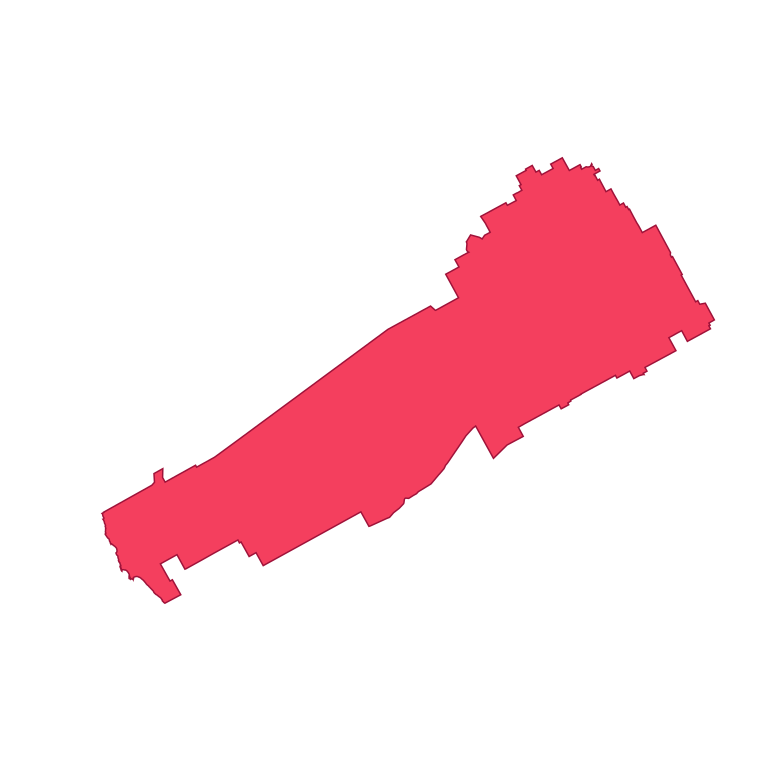 the district of Coorow, Western Australia, Australia, rotated 331°
{"feature_id": "25037944B10831634124389", "entity_name": "Coorow", "entity_type": "district", "adm_level": 2, "iso_a3": "AUS", "parent_name": "Australia", "parent_adm1": "Western Australia", "projection": "albers", "projection_center": [115.183, -29.979], "detail": "fine", "context": "isolated", "style": "filled", "palette": "rose", "viewbox_px": 768, "rotation_deg": 331, "n_neighbors": 0, "source": "geoboundaries", "source_scale": "gbopen_adm2", "svg_char_len": 5505}
<svg xmlns="http://www.w3.org/2000/svg" viewBox="0 0 768 768"><g transform="rotate(331 384 384)"><path d="M74.6,360.5L74.8,361.2L74.5,362.0L74.1,363.6L74.1,364.8L74.1,365.3L73.7,365.9L73.2,366.2L72.6,366.0L72.7,366.8L72.7,367.8L72.6,368.1L72.7,368.7L72.5,369.1L72.2,369.8L72.1,370.1L72.0,372.1L71.9,372.2L71.9,372.4L71.8,372.5L71.7,372.7L71.7,373.0L71.3,373.2L71.1,373.4L71.1,373.6L71.1,373.9L71.0,374.1L70.7,375.3L70.6,375.5L70.4,375.5L70.2,375.7L69.7,376.8L69.3,377.3L69.0,377.8L68.8,378.0L68.7,378.1L68.5,378.7L68.5,379.1L68.4,379.2L68.4,379.6L68.1,379.8L67.8,380.1L67.5,380.0L67.4,380.2L67.3,380.4L67.3,380.8L67.5,381.7L67.5,382.9L67.6,383.6L67.8,385.0L68.2,385.6L68.3,386.2L68.2,387.2L67.8,388.2L67.9,389.0L67.8,389.4L67.8,389.7L67.6,390.2L67.5,390.7L67.5,391.0L67.5,391.4L67.7,391.2L67.8,391.2L68.1,391.4L68.4,392.2L68.8,393.1L69.2,394.2L69.8,395.3L70.1,396.3L70.2,396.7L70.4,397.6L70.4,398.0L70.3,398.6L70.0,399.5L69.8,400.1L69.4,400.8L69.0,401.2L68.4,401.7L68.1,401.8L67.9,401.7L67.7,401.8L67.5,402.4L67.4,403.3L67.4,403.6L67.5,404.4L67.8,405.0L67.8,405.5L67.6,406.0L67.3,406.5L67.2,407.0L67.0,407.6L67.0,407.8L66.9,408.5L66.8,408.9L66.6,409.2L66.3,409.4L66.1,409.9L66.2,410.6L66.0,410.8L65.9,411.0L66.2,411.8L66.3,412.1L66.1,412.5L66.2,412.8L65.9,413.7L65.9,414.5L65.8,415.2L65.6,415.6L65.2,415.9L64.7,415.5L64.4,416.3L64.5,416.6L64.4,416.9L64.8,417.2L64.8,417.7L64.7,417.8L64.6,418.1L64.2,418.0L64.1,418.4L64.2,418.5L63.8,419.6L63.9,420.0L63.9,420.4L63.9,420.5L64.0,420.7L64.2,420.4L64.1,420.1L64.0,419.9L64.2,419.6L64.8,419.5L65.5,419.7L65.8,419.9L66.2,420.2L66.8,420.8L67.5,421.2L67.7,421.4L67.9,421.7L68.3,422.2L68.5,422.6L68.6,422.9L68.6,423.5L68.8,424.3L68.9,424.6L68.9,425.9L68.9,426.8L68.8,427.1L68.7,427.5L68.3,427.8L68.4,428.5L68.2,429.1L68.1,429.3L68.0,429.2L67.9,428.9L67.7,428.9L67.7,429.0L67.7,429.3L67.3,429.6L67.2,429.9L67.0,430.0L67.3,430.3L67.4,429.9L67.6,429.9L68.1,430.3L68.0,430.9L67.9,431.2L67.7,431.2L67.4,430.9L67.2,431.0L67.3,431.1L67.5,431.5L67.5,431.8L67.8,431.7L68.2,431.9L68.4,431.8L68.5,431.8L69.1,432.6L69.4,432.8L69.7,433.0L69.8,433.2L69.8,433.3L70.0,433.0L70.2,432.9L70.4,433.0L70.6,432.8L70.7,432.5L70.5,432.3L70.5,432.2L70.8,432.0L71.3,431.9L71.7,431.7L72.0,431.7L73.2,432.0L74.0,432.2L74.6,432.6L75.2,433.0L75.6,433.5L76.2,434.4L76.6,434.7L76.7,434.9L77.1,435.7L77.2,435.9L77.4,436.7L78.2,438.5L78.5,439.6L78.7,440.7L79.0,442.1L79.2,443.8L79.6,445.2L79.8,445.7L80.1,446.2L80.2,446.5L80.2,447.2L80.6,448.3L80.9,449.8L81.4,451.3L81.4,451.7L81.8,452.7L81.8,453.1L81.8,454.5L81.7,454.8L81.9,455.7L82.0,456.0L82.2,456.3L82.2,456.6L82.3,456.9L82.5,457.5L82.8,457.8L83.0,458.2L83.5,459.3L83.7,459.9L84.3,461.3L84.8,462.3L85.0,463.0L85.2,463.8L85.1,464.4L85.4,465.1L85.4,465.4L85.1,465.7L85.0,466.1L85.0,466.4L85.3,467.0L85.5,468.3L86.1,469.5L104.1,469.8L104.0,452.6L101.3,452.6L101.2,432.9L120.2,432.9L120.1,449.4L120.5,449.4L120.8,449.6L121.2,449.6L122.2,449.6L123.5,449.6L123.8,449.6L139.6,449.6L153.4,449.5L180.6,449.6L180.5,452.9L182.4,452.9L182.4,469.5L190.3,469.5L190.3,484.3L258.9,484.5L301.8,484.6L301.8,501.2L302.7,501.4L303.2,501.5L321.1,502.9L322.0,503.0L323.2,503.2L324.1,503.3L324.6,503.2L328.1,501.9L330.0,501.2L337.1,500.1L343.1,498.2L343.3,498.0L343.8,497.6L345.8,494.9L346.3,494.5L347.0,494.2L347.4,494.3L347.8,494.4L350.1,496.0L350.8,496.0L355.6,495.7L359.2,495.7L361.6,494.9L362.0,494.8L376.3,494.2L376.9,494.1L388.1,489.8L389.1,489.5L395.3,487.2L396.8,486.2L398.3,485.0L398.8,484.8L400.2,484.3L401.6,483.7L424.1,472.4L430.6,469.0L440.3,465.7L440.9,465.6L443.8,465.2L443.7,502.1L462.1,497.0L480.4,497.3L480.5,487.0L488.2,486.9L519.3,487.1L526.9,487.2L526.9,491.6L532.8,491.7L535.5,491.7L535.6,489.7L539.2,489.5L539.3,488.6L539.5,488.4L539.8,488.5L540.0,488.5L551.2,488.6L551.2,488.3L556.6,488.3L590.6,488.6L590.6,491.7L598.1,491.8L605.2,491.8L605.1,500.4L611.4,500.5L615.3,501.4L616.0,501.8L615.9,500.3L620.2,500.3L620.3,496.0L655.5,496.4L655.6,481.6L665.5,481.6L670.2,481.7L670.0,493.8L696.3,494.0L696.3,490.6L697.7,490.7L697.7,488.2L704.0,488.1L704.2,469.1L698.8,467.3L698.9,463.2L696.4,463.2L696.7,432.8L697.9,432.8L698.1,412.5L696.9,412.5L697.0,409.8L698.3,408.0L698.7,376.9L683.3,376.8L683.4,369.0L683.2,365.4L683.3,358.0L683.5,350.1L682.6,350.1L682.6,346.6L681.1,346.6L681.2,341.8L677.0,341.8L677.1,337.9L677.0,329.3L677.1,323.4L671.7,323.4L671.4,323.4L671.6,311.1L671.7,309.3L669.6,309.4L669.7,303.7L669.2,303.7L669.2,302.4L676.2,302.4L676.2,299.6L672.4,299.6L672.4,295.2L671.6,294.7L671.5,293.8L672.4,292.9L672.4,292.0L670.1,293.7L668.7,293.6L667.2,292.9L666.1,292.0L661.0,292.0L661.0,289.8L661.8,289.8L661.8,287.2L649.6,287.1L649.6,272.6L636.4,272.5L636.4,277.5L623.3,277.4L623.3,272.4L619.6,272.3L619.6,264.7L612.0,264.7L611.9,265.5L611.9,266.1L600.6,266.0L600.5,276.1L598.5,276.1L598.5,281.4L593.2,281.5L592.7,281.3L588.7,281.3L588.6,287.7L583.9,287.6L578.5,287.5L578.5,284.6L549.8,284.3L549.8,284.9L549.9,285.2L550.6,292.7L550.5,295.4L550.5,301.5L550.4,301.5L550.4,302.8L544.1,302.7L540.2,304.7L539.3,303.2L538.4,301.8L532.0,295.6L525.6,299.3L524.9,299.6L524.9,300.2L524.8,300.7L524.6,301.3L524.2,302.1L521.6,305.9L521.3,306.4L521.2,307.0L521.2,307.8L521.3,308.4L521.5,309.0L522.0,309.8L516.1,309.7L506.3,309.7L506.3,318.0L491.2,317.9L491.1,332.6L491.0,344.7L464.9,344.6L464.6,344.4L462.5,338.4L414.0,338.1L311.4,351.5L227.1,362.5L200.2,365.9L179.8,365.9L179.8,363.7L145.0,363.7L145.0,358.5L149.5,350.8L139.4,350.8L135.6,358.7L131.9,360.0L76.7,360.2L76.7,360.5L74.6,360.5Z" fill="#f43f5e" stroke="#9f1239" stroke-width="1.5"/></g></svg>